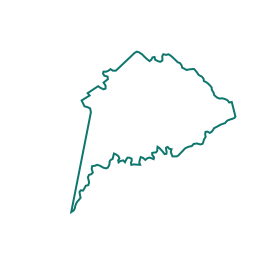 Rio das Antas, Santa Catarina, Brazil (Equal Earth projection), rotated 141°
{"feature_id": "56859067B48029334422149", "entity_name": "Rio das Antas", "entity_type": "district", "adm_level": 2, "iso_a3": "BRA", "parent_name": "Brazil", "parent_adm1": "Santa Catarina", "projection": "equal_earth", "projection_center": [-51.055, -26.911], "detail": "fine", "context": "isolated", "style": "outline", "palette": "teal", "viewbox_px": 256, "rotation_deg": 141, "n_neighbors": 0, "source": "geoboundaries", "source_scale": "gbopen_adm2", "svg_char_len": 2373}
<svg xmlns="http://www.w3.org/2000/svg" viewBox="0 0 256 256"><g transform="rotate(141 128 128)"><path d="M31.0,82.9L33.3,84.1L33.2,86.8L34.3,89.4L36.2,91.9L38.3,93.2L39.6,95.5L40.3,99.2L39.3,101.5L38.8,105.0L37.5,106.8L37.5,109.5L37.9,112.7L38.5,114.7L39.5,116.7L38.3,118.7L38.3,121.4L39.7,124.8L39.4,128.2L39.5,132.2L41.6,133.8L44.2,135.4L45.9,136.1L46.7,138.2L47.9,140.7L47.0,142.8L46.7,145.6L48.0,147.9L48.3,150.5L48.7,153.9L49.3,157.4L50.2,159.9L52.2,160.7L54.2,163.1L56.3,162.2L57.4,160.5L58.9,158.8L61.2,159.1L62.4,160.6L63.9,163.9L62.7,166.5L64.5,167.4L67.1,166.4L69.1,166.4L69.9,169.5L70.4,173.3L70.7,176.4L71.7,179.6L73.1,181.8L75.5,182.2L77.9,182.0L101.3,180.2L103.7,182.1L104.6,184.8L106.9,184.8L109.3,185.4L111.6,187.2L113.1,186.1L113.5,183.6L111.5,180.8L112.9,178.6L115.5,178.6L118.4,178.7L118.8,174.9L120.6,172.8L122.6,173.4L124.1,176.5L124.9,179.3L137.4,180.5L137.4,177.4L146.7,178.6L148.2,172.2L146.4,169.8L145.1,167.0L146.9,163.6L225.0,98.4L222.2,98.1L219.8,99.1L218.0,100.6L216.0,101.8L214.0,102.6L211.6,103.0L208.8,103.6L207.2,106.7L205.8,108.9L203.9,109.3L202.5,107.7L200.4,108.3L197.2,109.7L194.9,108.6L192.6,110.0L191.2,112.7L190.1,115.0L187.8,116.1L185.6,115.2L183.4,115.5L182.1,118.9L179.9,120.9L177.3,119.4L175.3,118.9L173.6,116.5L172.2,112.8L170.6,110.6L169.0,109.9L166.3,110.8L164.8,111.9L163.3,113.6L161.3,114.1L159.5,113.6L157.0,115.5L155.0,117.0L153.7,114.4L153.2,112.0L153.9,109.7L156.0,109.1L156.9,107.2L154.6,107.1L152.1,105.8L151.9,103.3L149.2,104.6L147.1,105.3L145.7,104.2L144.5,101.9L145.8,100.1L147.6,99.2L148.6,97.2L146.4,96.1L144.1,93.9L141.7,91.8L141.0,94.0L139.0,95.7L136.4,97.4L135.1,95.3L134.6,92.3L131.9,92.3L129.9,91.5L128.7,89.6L127.7,87.7L126.2,88.8L126.1,91.8L124.9,93.4L123.3,92.6L121.6,91.4L119.7,91.8L118.3,93.4L116.8,94.8L116.2,92.8L116.0,90.2L115.9,87.5L116.0,84.7L114.4,83.8L113.0,85.1L112.1,86.9L110.8,88.8L109.1,88.3L109.0,85.8L107.5,84.1L109.8,82.5L110.5,80.5L111.3,78.0L109.8,76.7L107.8,75.2L105.8,75.0L103.7,75.3L101.2,75.6L99.4,75.8L97.8,76.1L96.0,76.2L94.4,75.8L92.2,75.1L89.8,73.8L87.0,74.3L84.2,72.6L82.1,69.7L80.1,68.8L78.5,69.6L76.9,70.7L75.5,71.5L73.3,72.2L71.9,74.7L70.1,76.2L68.5,75.1L67.5,72.7L65.5,72.4L63.2,72.9L61.3,73.7L58.9,73.2L56.3,72.7L54.1,72.4L52.2,71.7L49.3,70.7L47.3,71.2L45.6,71.1L43.6,70.5L41.2,69.5L39.0,68.8L37.3,69.3L31.0,82.9Z" fill="none" stroke="#0f766e" stroke-width="2"/></g></svg>